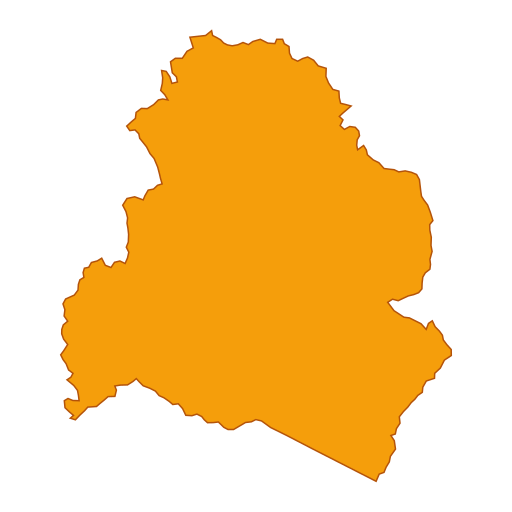 the district of Goiandira, Goiás, Brazil
{"feature_id": "56859067B40812937641421", "entity_name": "Goiandira", "entity_type": "district", "adm_level": 2, "iso_a3": "BRA", "parent_name": "Brazil", "parent_adm1": "Goiás", "projection": "mercator", "projection_center": [-48.152, -18.118], "detail": "fine", "context": "isolated", "style": "filled", "palette": "amber", "viewbox_px": 512, "rotation_deg": 0, "n_neighbors": 0, "source": "geoboundaries", "source_scale": "gbopen_adm2", "svg_char_len": 3274}
<svg xmlns="http://www.w3.org/2000/svg" viewBox="0 0 512 512"><path d="M211.6,30.7L205.6,35.5L189.9,37.2L193.3,47.9L187.0,51.3L182.3,58.3L175.3,58.3L170.5,61.8L172.3,72.8L176.4,76.8L177.4,82.0L171.9,83.4L169.8,76.8L166.2,71.4L161.6,70.5L162.7,77.9L162.3,83.5L160.7,90.4L164.8,94.7L167.9,99.9L162.8,99.0L158.4,99.9L153.7,104.6L147.3,108.6L141.4,108.4L136.1,112.4L135.4,118.4L131.4,121.8L126.7,126.1L129.8,130.6L135.0,129.9L138.8,133.8L139.7,138.3L143.2,142.6L146.6,146.9L150.0,153.6L154.1,158.5L157.7,167.1L159.5,174.0L160.5,178.4L162.1,183.9L157.5,185.3L153.5,189.1L148.2,190.1L144.9,195.8L143.2,199.9L134.7,196.8L127.0,198.5L122.7,205.2L126.0,211.6L127.6,217.9L127.0,223.2L127.9,228.0L128.6,234.4L128.3,242.1L126.3,247.2L128.8,252.2L127.5,258.0L125.1,263.5L119.9,261.0L114.5,262.3L111.0,267.5L105.3,265.3L101.7,258.2L97.3,260.9L91.4,262.5L88.7,267.3L84.4,268.2L83.1,272.6L83.9,277.4L79.9,279.8L78.4,284.3L78.0,290.1L74.3,295.1L65.6,299.0L63.0,303.9L64.9,309.7L64.1,316.0L67.7,321.2L63.3,324.9L61.8,329.4L61.7,333.8L63.6,339.1L67.7,344.5L63.6,350.9L60.7,354.8L63.0,359.5L66.1,363.7L68.6,370.0L73.0,373.3L70.9,377.2L67.0,379.8L73.8,385.5L77.5,390.4L78.4,395.2L79.1,400.7L72.9,400.5L68.0,398.5L64.3,400.7L65.0,407.7L69.4,411.9L73.5,415.4L70.3,418.2L75.4,419.8L79.9,415.1L84.6,410.7L87.8,407.1L96.5,406.5L99.8,403.6L104.0,400.2L108.1,396.6L114.9,396.4L116.4,390.1L114.8,386.0L120.2,385.1L127.5,384.9L132.9,381.5L136.3,378.6L139.3,381.9L143.2,385.8L149.7,388.2L155.4,391.1L159.1,395.6L164.0,397.8L169.2,401.4L172.8,404.5L178.3,403.8L182.6,408.6L185.8,415.3L191.9,415.7L196.9,414.1L201.7,416.5L204.3,419.8L207.5,422.7L213.2,422.6L218.4,422.0L223.8,427.3L228.0,429.5L233.6,429.5L245.5,422.5L251.4,421.8L255.8,419.6L261.5,420.9L270.6,427.5L286.8,435.5L313.0,449.1L376.1,481.3L379.2,474.1L384.0,472.4L386.1,467.2L389.3,461.9L390.4,456.3L395.5,449.1L394.3,440.7L390.9,435.5L395.3,434.0L396.4,428.7L400.0,423.2L399.3,416.8L403.5,411.5L407.8,407.1L411.2,402.6L414.8,399.3L417.8,395.4L422.3,392.3L422.8,387.2L426.3,381.0L434.5,378.3L434.7,373.3L440.3,368.1L444.4,360.1L451.3,355.5L451.2,349.5L446.7,344.5L443.3,339.9L442.4,335.2L439.4,331.1L435.1,326.7L432.3,320.8L428.5,323.4L426.2,329.4L421.0,323.7L409.4,317.9L403.9,317.2L394.0,310.7L387.7,302.3L392.5,299.2L398.2,300.7L403.4,298.2L408.4,295.9L413.7,294.6L418.6,292.7L421.9,288.9L422.1,283.1L422.8,277.1L425.3,272.8L429.9,269.2L430.5,264.4L429.9,259.4L432.1,251.4L431.0,245.4L431.3,237.3L429.8,230.1L429.7,224.6L432.9,220.6L430.3,212.2L427.6,205.0L424.0,200.2L421.5,196.3L420.8,191.5L420.1,185.6L419.4,179.6L416.6,174.5L411.4,172.3L405.2,170.9L398.8,171.9L394.1,169.7L389.5,169.2L384.0,168.5L379.0,162.8L373.2,159.9L367.4,154.8L366.3,149.9L363.6,145.5L357.6,149.8L356.7,145.2L357.2,139.8L359.5,135.7L358.7,131.1L355.3,127.3L349.8,126.5L344.4,129.4L340.1,125.6L343.0,119.9L339.3,116.4L342.5,113.4L351.1,106.0L345.6,104.5L340.6,103.3L339.3,97.9L338.9,91.1L332.8,89.4L328.5,82.9L325.9,76.5L326.2,68.3L318.2,65.9L313.6,60.2L307.7,57.0L302.7,58.5L297.7,61.2L292.0,58.5L289.5,53.2L289.0,46.5L284.3,43.7L282.6,39.3L276.7,39.3L274.9,43.6L267.8,43.1L260.3,39.3L252.8,41.5L248.4,44.6L243.0,42.5L237.8,44.8L232.2,45.8L227.4,44.9L223.6,43.0L220.6,39.8L216.8,37.6L212.6,35.5L211.6,30.7Z" fill="#f59e0b" stroke="#b45309" stroke-width="1.5"/></svg>